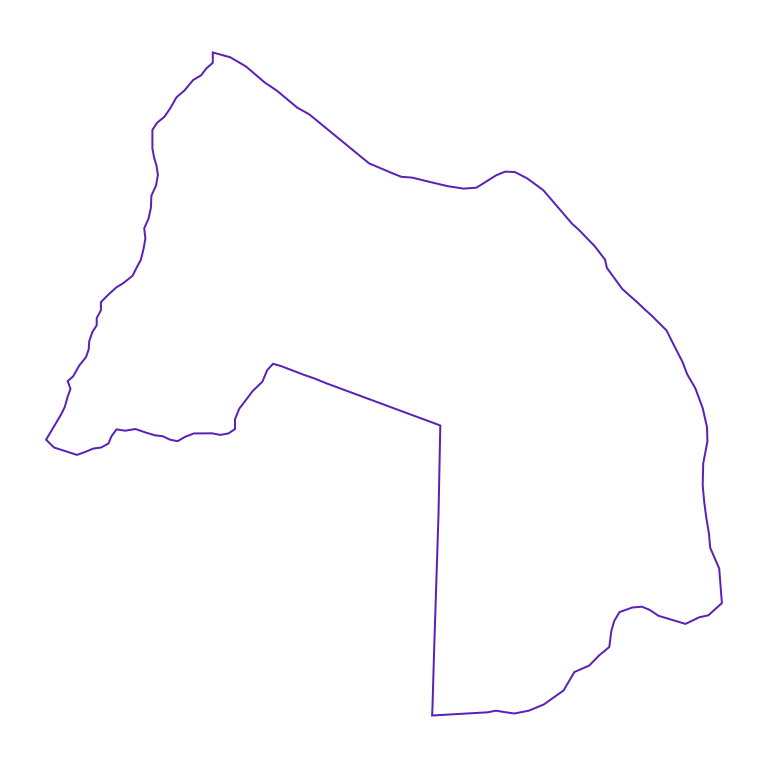 outline of São Miguel do Tocantins, Tocantins, Brazil
{"feature_id": "56859067B58723605824878", "entity_name": "São Miguel do Tocantins", "entity_type": "district", "adm_level": 2, "iso_a3": "BRA", "parent_name": "Brazil", "parent_adm1": "Tocantins", "projection": "mercator", "projection_center": [-47.626, -5.548], "detail": "fine", "context": "isolated", "style": "outline", "palette": "violet", "viewbox_px": 768, "rotation_deg": 0, "n_neighbors": 0, "source": "geoboundaries", "source_scale": "gbopen_adm2", "svg_char_len": 1898}
<svg xmlns="http://www.w3.org/2000/svg" viewBox="0 0 768 768"><path d="M721.9,603.1L719.2,568.5L710.2,547.8L709.0,533.9L706.2,517.0L704.2,501.7L703.5,494.2L702.7,485.2L703.2,463.6L707.4,441.5L707.0,427.1L702.7,408.2L695.3,388.2L687.2,374.3L682.5,361.9L673.2,343.8L666.5,330.4L651.1,315.1L645.7,310.3L638.3,303.3L622.3,289.0L606.9,267.9L605.0,259.6L594.8,246.3L578.5,229.5L572.1,223.8L543.2,190.1L527.2,178.4L515.0,172.1L505.2,171.6L496.2,175.3L476.4,187.7L463.5,188.6L447.8,186.2L431.3,182.3L412.1,177.6L401.3,176.8L392.3,173.2L369.1,163.4L309.3,114.4L297.2,107.6L276.8,90.6L265.1,82.8L246.0,66.5L230.3,57.3L212.8,52.5L212.8,62.8L206.4,68.4L201.1,75.3L193.1,80.1L184.3,90.6L176.4,97.4L170.4,108.1L164.2,117.0L156.9,122.9L152.4,130.0L152.4,138.2L152.4,148.5L154.1,157.5L156.4,165.3L157.9,174.8L156.1,185.4L151.4,195.7L150.9,207.7L148.6,218.5L144.2,228.3L145.4,238.5L143.5,249.1L140.7,260.1L136.9,267.1L132.6,275.7L123.6,282.9L116.2,287.5L108.3,294.7L100.9,302.1L100.9,310.3L96.7,318.1L96.7,325.3L92.3,332.1L89.2,341.4L88.7,349.4L86.0,357.2L79.3,365.4L73.2,376.3L67.7,381.1L70.5,388.9L67.6,396.8L64.8,406.9L61.3,414.1L46.1,439.7L54.0,447.5L77.0,454.9L84.5,452.2L93.2,448.6L101.2,447.5L108.4,443.5L111.5,436.2L116.5,429.4L125.2,430.7L135.4,429.0L145.6,432.5L155.3,435.4L162.7,436.2L170.1,439.7L177.6,441.2L185.1,436.8L194.0,433.4L203.8,433.4L212.0,433.3L220.3,434.9L228.5,433.4L235.0,429.0L235.0,419.2L239.3,408.6L245.7,400.3L252.7,391.0L262.3,381.8L267.2,370.2L273.0,363.8L280.8,366.0L303.8,374.8L314.0,378.3L326.6,383.4L440.3,425.5L438.5,514.7L434.1,651.0L432.5,706.4L432.1,715.5L487.7,712.3L495.9,710.7L504.0,712.0L514.4,713.5L528.8,710.7L543.9,704.4L563.6,690.4L574.4,672.0L589.3,665.5L599.1,655.4L609.3,647.0L611.3,631.1L614.3,620.8L619.5,612.1L632.3,607.5L641.8,606.7L649.5,609.8L658.5,615.8L685.5,623.9L699.2,617.3L708.4,615.3L721.9,603.1Z" fill="none" stroke="#5b21b6" stroke-width="2"/></svg>